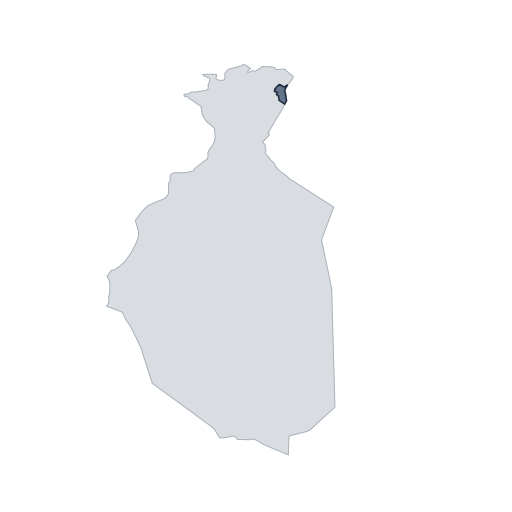 Ayérou, Tillabéri, Niger shown in context, rotated 123°
{"feature_id": "23599985B66518443893936", "entity_name": "Ayérou", "entity_type": "district", "adm_level": 2, "iso_a3": "NER", "parent_name": "Niger", "parent_adm1": "Tillabéri", "projection": "robinson", "projection_center": [1.048, 14.94], "detail": "fine", "context": "in_parent", "style": "filled", "palette": "slate", "viewbox_px": 512, "rotation_deg": 123, "n_neighbors": 0, "source": "geoboundaries", "source_scale": "gbopen_adm2", "svg_char_len": 3700}
<svg xmlns="http://www.w3.org/2000/svg" viewBox="0 0 512 512"><g transform="rotate(123 256 256)"><path d="M379.6,354.0L375.6,354.1L373.4,354.9L370.5,357.4L367.3,358.3L363.5,360.5L361.0,362.2L358.7,363.5L355.6,366.9L354.6,369.4L351.4,369.9L347.0,369.5L344.1,366.9L337.6,364.3L333.3,363.2L331.4,362.9L321.4,362.4L310.8,363.5L305.4,364.7L304.4,365.0L301.3,366.6L298.8,368.4L292.0,376.5L282.8,376.2L277.5,375.3L272.9,374.1L266.4,370.2L258.4,364.4L255.3,363.6L252.6,363.2L251.6,363.3L242.2,369.1L240.4,368.9L238.1,369.6L236.7,371.0L235.6,371.7L234.4,371.9L232.9,371.5L231.5,370.7L230.0,369.0L226.0,362.6L225.2,361.5L223.6,359.6L220.7,356.6L218.8,355.2L217.7,354.8L216.3,355.1L208.6,352.5L201.0,349.8L199.3,350.2L198.2,350.7L195.5,352.7L192.4,353.1L188.5,352.9L186.3,352.7L182.8,353.3L180.5,354.1L177.5,355.5L173.6,359.2L172.4,359.6L171.5,360.2L170.2,370.4L169.1,373.4L167.1,377.4L163.2,381.2L160.5,383.6L160.5,386.7L160.3,391.8L160.2,395.3L160.4,397.6L160.0,398.7L159.8,399.7L159.9,401.2L160.6,401.9L161.0,402.8L160.7,403.6L159.4,404.5L158.0,402.2L156.2,400.6L154.2,399.9L152.9,398.7L152.2,397.1L149.6,393.9L143.6,387.6L143.0,387.5L142.0,387.2L140.3,388.0L139.3,389.0L138.5,389.4L137.4,389.5L134.6,390.3L132.3,391.3L132.2,392.1L133.3,396.9L132.8,399.5L131.8,398.2L128.5,393.4L126.3,389.9L125.8,389.1L125.5,387.9L125.7,387.3L126.6,387.0L128.7,386.5L129.1,386.1L129.2,385.2L128.9,383.3L127.7,380.9L126.5,379.3L125.9,378.9L124.6,378.9L123.3,379.1L120.7,381.1L119.6,381.5L117.0,381.3L114.6,380.9L113.2,379.9L109.0,375.9L104.3,371.7L102.4,371.1L101.9,370.7L101.6,367.5L101.7,363.6L101.9,362.6L103.9,363.2L106.0,363.5L106.6,362.8L105.0,361.4L102.6,360.0L101.7,357.9L101.0,357.1L100.0,356.4L98.7,356.0L97.5,355.4L96.7,354.8L95.3,354.5L93.8,354.1L91.7,350.7L89.6,347.3L88.4,344.7L88.0,343.1L88.6,340.4L88.0,339.4L85.7,336.7L83.8,334.1L84.3,330.2L84.7,327.0L84.7,324.9L85.0,323.7L85.3,322.4L86.5,322.0L89.7,322.0L96.0,322.6L101.1,321.9L101.3,321.8L104.9,318.3L108.8,314.7L114.7,314.3L121.1,313.9L126.1,313.7L133.4,313.5L139.3,313.2L146.1,312.9L146.4,311.2L146.8,310.8L147.4,310.8L152.5,311.7L157.2,312.5L157.5,309.4L161.7,305.4L164.0,304.6L164.6,303.9L165.3,302.5L165.8,300.4L166.0,299.0L166.9,297.7L167.5,295.5L168.3,291.5L170.6,287.4L171.9,281.8L172.1,276.3L172.4,272.2L173.1,271.3L173.0,264.0L172.9,256.6L172.9,250.4L172.8,242.6L172.8,235.8L172.7,228.4L172.7,221.8L172.7,217.4L177.4,216.4L182.3,215.3L189.5,213.7L197.3,212.0L205.8,210.1L207.7,209.0L214.1,202.6L217.0,199.7L222.7,194.0L227.1,189.6L232.7,184.1L238.6,178.4L243.3,173.9L250.7,168.9L261.9,161.2L273.0,153.5L284.2,145.8L295.3,138.2L306.4,130.5L317.5,122.8L328.6,115.2L339.7,107.5L351.1,110.4L361.8,113.2L372.7,116.0L375.2,117.5L381.1,123.0L388.6,130.0L388.9,130.1L389.2,130.1L396.2,126.0L405.2,120.6L407.9,135.1L410.0,147.6L410.3,155.5L410.5,157.6L411.2,159.0L413.0,160.4L420.1,171.9L418.7,173.9L419.8,177.5L421.6,179.0L427.4,185.8L428.2,187.2L427.9,188.3L424.1,196.3L423.5,198.3L422.9,208.6L422.5,215.8L421.9,225.8L421.2,237.7L420.7,247.7L420.0,261.0L419.3,273.6L413.7,280.5L403.7,292.7L395.6,302.7L391.5,309.3L383.6,322.4L380.1,330.8L377.3,335.2L375.9,337.1L377.2,343.2L379.6,354.0Z" fill="#d9dde1" stroke="#a8b0b8" stroke-width="1"/><path d="M99.6,330.0L100.2,329.7L101.8,330.7L104.2,330.8L105.1,331.3L105.7,330.6L106.9,330.8L107.9,330.0L107.9,329.4L107.2,328.5L107.3,327.1L109.2,327.0L109.5,326.7L109.5,324.6L111.1,322.8L112.9,321.4L113.0,314.7L108.9,315.1L107.7,316.4L105.4,318.2L104.9,318.9L103.6,320.0L101.2,322.4L95.9,322.7L95.1,322.9L96.1,323.1L96.3,323.1L97.7,323.9L98.6,324.2L98.9,324.9L99.2,325.4L99.0,326.5L99.0,327.5L99.6,328.1L99.7,328.6L99.2,329.0L99.4,329.6L99.6,330.0Z" fill="#64748b" stroke="#1e293b" stroke-width="1.5"/></g></svg>